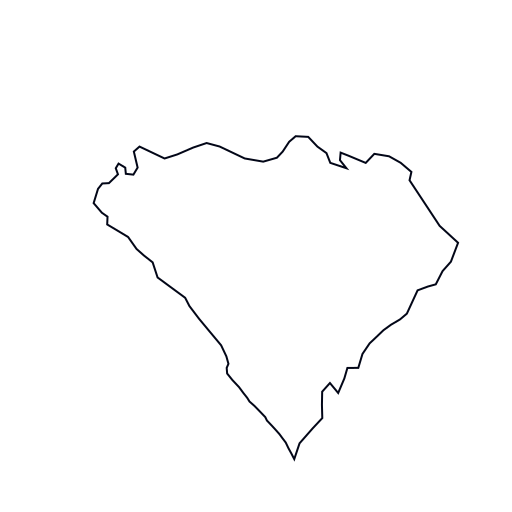 the district of Loutros, Cyprus, rotated 211°
{"feature_id": "46923920B13222892315728", "entity_name": "Loutros", "entity_type": "district", "adm_level": 2, "iso_a3": "CYP", "parent_name": "Cyprus", "parent_adm1": "", "projection": "robinson", "projection_center": [32.761, 35.157], "detail": "fine", "context": "isolated", "style": "outline", "palette": "ink", "viewbox_px": 512, "rotation_deg": 211, "n_neighbors": 0, "source": "geoboundaries", "source_scale": "gbopen_adm2", "svg_char_len": 1346}
<svg xmlns="http://www.w3.org/2000/svg" viewBox="0 0 512 512"><g transform="rotate(211 256 256)"><path d="M426.0,232.2L422.4,217.7L410.4,213.7L403.5,213.2L399.8,206.4L375.4,206.4L362.0,200.5L352.3,198.7L341.3,197.3L329.3,186.9L295.2,183.7L287.3,178.8L272.6,172.9L256.9,167.4L239.9,161.5L229.7,154.7L224.1,149.4L223.5,145.0L220.2,140.4L212.3,137.5L203.1,134.9L196.1,132.0L190.5,129.9L186.6,127.9L180.1,126.7L172.5,124.7L168.1,123.5L165.1,122.7L161.9,120.6L155.7,118.9L150.9,117.5L144.2,115.4L139.4,113.4L134.4,111.4L129.1,107.9L124.1,105.0L118.6,101.6L122.2,117.9L118.6,137.7L115.7,151.2L122.9,162.5L129.4,173.8L127.2,185.2L115.0,180.9L117.2,196.5L120.0,207.1L110.7,212.8L114.3,226.9L113.6,239.7L111.4,247.5L108.5,258.1L104.9,266.6L99.9,275.8L97.0,284.3L99.8,309.8L92.9,318.4L87.3,324.3L88.3,339.2L86.0,351.5L89.6,371.4L114.1,376.4L140.2,388.9L163.4,400.0L166.1,408.1L180.0,410.4L193.3,410.0L207.2,404.5L209.9,392.3L228.4,389.6L236.7,388.2L233.4,381.4L223.7,377.8L240.3,374.1L248.6,380.5L259.7,381.4L272.6,385.0L283.7,379.1L286.4,371.0L286.9,359.2L288.7,351.0L298.4,340.6L315.9,333.8L343.6,331.1L356.5,327.4L365.7,316.6L375.8,302.5L384.6,292.5L412.2,289.8L414.5,282.6L403.0,270.8L403.0,262.6L409.9,259.4L413.6,264.4L421.4,264.4L421.4,259.0L416.4,254.9L419.6,242.7L425.1,239.0L426.0,232.2Z" fill="none" stroke="#020617" stroke-width="2"/></g></svg>